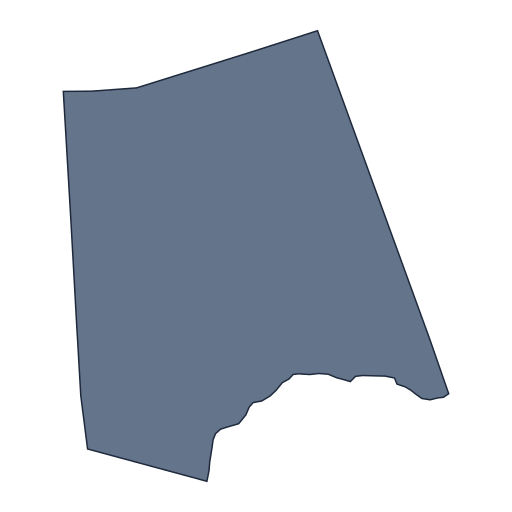 Alto Alegre do Maranhão, Maranhão, Brazil
{"feature_id": "56859067B93761697279907", "entity_name": "Alto Alegre do Maranhão", "entity_type": "district", "adm_level": 2, "iso_a3": "BRA", "parent_name": "Brazil", "parent_adm1": "Maranhão", "projection": "natural_earth1", "projection_center": [-44.362, -4.21], "detail": "fine", "context": "isolated", "style": "filled", "palette": "slate", "viewbox_px": 512, "rotation_deg": 0, "n_neighbors": 0, "source": "geoboundaries", "source_scale": "gbopen_adm2", "svg_char_len": 768}
<svg xmlns="http://www.w3.org/2000/svg" viewBox="0 0 512 512"><path d="M448.7,393.7L429.8,339.3L364.2,159.0L317.5,30.7L251.2,52.0L136.5,87.9L91.2,91.2L63.3,91.4L70.8,218.8L76.9,328.7L77.5,338.3L80.8,395.9L87.6,449.0L206.9,481.3L209.1,470.2L209.7,462.2L210.6,456.4L212.0,447.8L213.1,439.8L215.5,433.7L220.5,429.2L227.7,426.9L238.7,423.7L245.9,414.8L249.2,407.1L253.1,402.6L261.7,401.0L270.2,395.9L276.0,390.4L282.4,382.6L289.0,379.0L293.1,374.5L298.4,373.8L304.2,374.2L309.9,374.5L318.8,373.5L328.2,374.2L336.5,377.7L343.6,379.6L350.3,381.6L355.6,376.3L362.7,375.5L373.0,375.8L385.2,376.1L394.5,378.0L397.0,384.1L405.3,386.9L410.8,390.2L415.2,393.7L421.9,398.5L430.1,399.8L437.8,397.9L443.4,397.3L448.7,393.7Z" fill="#64748b" stroke="#1e293b" stroke-width="1.5"/></svg>